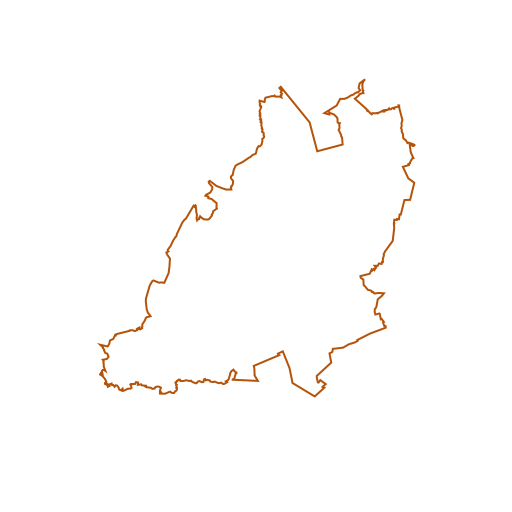 the district of Ojuelos de Jalisco, Jalisco, Mexico, rotated 71°
{"feature_id": "50627088B23067866653168", "entity_name": "Ojuelos de Jalisco", "entity_type": "district", "adm_level": 2, "iso_a3": "MEX", "parent_name": "Mexico", "parent_adm1": "Jalisco", "projection": "albers", "projection_center": [-101.727, 21.786], "detail": "fine", "context": "isolated", "style": "outline", "palette": "amber", "viewbox_px": 512, "rotation_deg": 71, "n_neighbors": 0, "source": "geoboundaries", "source_scale": "gbopen_adm2", "svg_char_len": 6111}
<svg xmlns="http://www.w3.org/2000/svg" viewBox="0 0 512 512"><g transform="rotate(71 256 256)"><path d="M134.8,125.2L140.0,130.8L143.2,144.8L146.1,140.6L143.9,140.0L144.1,139.8L144.8,139.5L147.6,136.2L150.9,134.5L152.5,134.2L156.1,135.3L157.2,134.8L157.7,133.5L158.9,134.5L162.1,135.3L163.8,136.8L169.3,136.1L170.7,136.5L171.9,136.0L178.8,137.8L176.9,164.0L147.1,161.8L104.1,177.5L104.8,179.2L108.4,177.9L109.2,179.3L111.1,178.6L111.8,180.1L112.7,179.8L113.1,180.5L114.2,180.4L113.0,181.7L111.7,185.6L110.4,186.2L110.8,186.8L110.0,189.0L109.4,195.5L111.0,196.8L112.8,197.4L113.1,198.0L110.3,202.0L111.9,202.6L113.4,202.5L114.5,203.3L116.1,203.2L116.0,202.5L116.8,202.5L120.4,205.6L122.8,205.5L123.2,205.7L123.1,206.2L124.2,206.2L124.6,206.8L125.3,206.3L126.9,207.1L128.3,206.7L128.5,207.7L130.2,207.0L130.9,208.1L132.0,207.4L134.3,208.5L137.4,208.6L137.6,209.1L138.8,208.7L140.4,209.8L140.9,209.8L141.6,208.8L142.9,208.8L144.1,209.5L145.5,209.3L146.6,210.0L147.4,212.0L149.4,212.5L152.5,214.5L153.5,216.4L153.4,217.6L153.0,217.9L154.7,220.0L159.2,222.9L159.4,226.4L160.7,229.5L160.7,230.5L162.8,238.1L163.5,244.2L164.0,245.9L167.3,249.0L172.0,251.8L172.0,252.6L172.8,253.9L174.6,254.3L177.6,253.2L180.4,254.4L181.8,255.8L181.9,256.7L182.8,256.9L183.1,257.5L185.1,257.7L183.5,262.5L181.1,265.7L176.9,270.6L169.9,275.2L170.3,276.5L171.9,276.7L176.6,274.8L178.6,275.7L181.1,278.5L181.9,283.4L182.6,284.2L184.3,281.7L185.8,282.3L187.6,279.5L193.3,276.0L197.3,277.6L198.4,277.5L199.7,281.9L201.4,282.9L202.5,284.4L203.4,284.5L205.9,288.5L205.7,290.3L204.1,293.7L203.0,294.2L201.6,295.7L201.1,295.4L200.2,295.9L201.5,297.4L202.6,297.9L202.5,299.1L203.1,300.1L201.0,299.9L197.8,298.4L194.5,298.1L191.1,297.0L190.1,297.7L189.7,296.9L188.8,296.5L188.4,296.7L188.9,297.5L188.0,298.5L197.8,310.0L198.4,311.8L200.7,315.1L209.6,323.8L211.5,324.9L211.7,325.8L214.3,329.2L218.7,333.5L221.5,337.5L222.6,337.7L223.2,337.4L223.5,339.6L225.8,339.5L230.5,338.2L238.1,341.4L243.7,344.2L251.5,351.4L250.2,354.0L249.6,356.5L245.7,361.0L246.0,362.2L249.2,366.0L260.4,373.9L262.8,374.9L270.8,376.7L274.2,376.7L278.6,375.3L278.3,379.4L278.7,380.3L281.1,382.4L283.5,385.7L285.9,386.5L286.3,387.3L287.2,387.2L287.7,389.3L287.1,390.4L285.7,389.7L286.1,392.3L287.4,392.6L287.6,395.0L286.0,396.8L285.2,399.7L285.6,400.0L284.4,413.5L285.0,413.8L284.8,414.7L285.3,414.8L285.1,415.1L288.0,418.0L288.3,421.6L290.8,423.0L292.9,425.1L293.2,425.8L289.2,432.2L292.7,430.4L293.5,430.7L294.9,430.0L295.9,430.4L298.7,430.0L299.9,428.4L303.3,428.2L304.8,430.7L304.2,434.7L306.1,434.3L307.2,435.1L308.2,435.0L311.0,436.0L315.7,435.8L314.2,436.9L313.9,438.0L314.5,439.1L317.5,439.5L316.1,440.8L317.3,442.0L319.7,440.1L322.9,438.9L326.3,438.4L326.8,438.8L326.8,440.0L327.8,440.4L328.8,439.5L328.2,439.1L328.6,438.1L331.4,438.6L331.2,436.8L330.5,436.9L329.7,436.3L329.6,434.1L330.8,434.4L331.3,434.0L331.6,432.8L333.6,432.3L332.6,430.6L333.4,429.4L335.9,428.7L337.6,428.9L339.8,426.5L338.4,426.2L338.0,425.4L339.5,425.7L340.3,425.0L339.8,420.1L340.5,418.1L340.2,416.7L337.6,416.3L336.7,416.7L336.3,416.3L337.6,411.9L336.2,410.6L337.2,408.7L339.4,409.7L339.9,406.4L341.2,406.0L342.9,402.2L343.6,402.4L343.7,402.9L344.2,402.6L346.4,398.2L347.9,397.3L348.3,394.9L347.7,394.7L347.1,393.2L347.7,390.6L348.3,390.0L349.5,388.8L352.0,390.6L353.4,390.3L353.2,391.1L354.8,391.6L356.6,386.9L356.2,381.5L357.9,380.3L358.9,378.2L357.6,376.4L357.3,374.9L355.9,374.0L354.9,374.3L354.7,373.6L352.6,373.7L352.0,372.8L351.1,373.4L349.6,373.4L349.7,372.7L348.9,371.9L348.9,372.3L348.3,372.0L348.0,372.4L348.6,371.2L347.7,369.4L348.2,368.2L349.0,368.5L349.8,367.6L350.6,365.1L350.7,362.7L352.6,359.4L352.7,358.0L354.3,357.3L356.7,354.5L356.9,353.6L355.8,351.8L355.8,350.3L357.8,348.1L358.0,346.7L355.7,345.2L355.6,344.2L357.2,343.9L357.2,342.4L358.7,340.2L359.6,340.2L360.5,339.1L361.3,337.4L361.2,336.1L364.0,332.9L364.5,330.0L366.3,328.9L366.6,327.4L365.9,324.4L364.6,325.2L364.3,323.0L363.6,322.0L359.5,319.0L358.8,318.9L356.9,316.8L356.1,314.3L358.4,313.7L359.7,312.5L360.3,312.5L360.7,313.6L365.2,316.7L365.0,318.1L365.4,318.3L374.7,294.9L368.6,296.2L361.5,294.1L359.2,293.9L357.3,266.4L356.5,267.0L355.5,267.1L354.9,261.7L372.9,260.8L388.0,262.8L407.9,246.2L402.8,234.3L401.4,235.7L399.8,231.8L394.3,235.6L396.0,238.0L395.7,238.6L391.1,238.2L389.2,237.6L381.3,219.6L372.0,218.2L371.6,215.1L368.8,213.6L371.0,203.5L369.7,196.8L369.9,190.6L369.3,187.5L368.4,187.5L366.5,173.6L366.0,156.6L364.4,156.3L363.9,157.5L360.3,157.5L359.9,157.4L359.9,156.6L356.3,157.7L356.4,158.6L351.2,157.8L350.5,158.1L350.2,162.2L347.6,162.0L344.9,161.0L343.8,159.2L342.6,158.3L336.6,155.0L334.5,149.6L332.9,147.2L330.9,152.0L330.0,156.2L329.2,156.8L328.4,156.8L327.6,158.2L327.0,158.0L326.2,158.5L324.3,161.3L319.8,162.9L318.8,163.7L313.2,162.2L310.7,164.1L309.0,163.8L309.8,154.2L306.6,151.2L307.7,151.0L307.2,149.9L306.7,149.9L306.5,148.8L307.8,148.5L306.3,146.9L306.2,146.3L303.9,147.0L304.9,144.1L303.1,142.2L304.4,139.8L302.6,138.7L303.0,138.0L299.9,136.9L297.0,134.8L296.0,134.8L293.6,132.4L286.2,121.8L274.1,116.0L271.9,115.6L270.4,114.7L270.2,115.1L266.7,113.4L267.8,111.1L266.9,110.7L267.8,108.9L263.5,106.7L264.0,105.6L251.4,97.4L253.1,92.0L238.3,82.5L232.2,86.7L219.5,88.1L219.8,81.9L218.7,82.0L218.6,80.2L217.8,80.1L214.5,76.3L214.7,75.3L208.4,75.9L200.7,74.4L201.3,73.2L202.9,72.1L203.3,71.1L202.7,70.0L201.9,70.5L198.4,74.9L198.5,76.0L195.3,76.7L192.7,78.4L188.6,77.4L185.6,77.7L184.0,77.0L182.3,77.2L180.5,75.9L177.8,75.2L175.1,73.3L162.2,72.3L160.3,71.6L160.0,72.1L161.1,72.3L160.7,76.8L162.6,77.6L160.7,77.5L160.6,79.5L161.2,80.6L160.6,82.5L159.9,82.4L160.7,83.9L160.7,85.5L160.3,85.3L159.9,86.9L161.2,87.6L160.6,89.2L159.9,88.9L160.7,94.5L160.2,94.5L159.9,96.9L159.0,98.9L159.6,100.1L158.9,100.1L158.8,101.2L154.8,102.9L155.0,103.5L153.6,103.5L151.8,104.4L139.4,111.3L137.9,107.0L136.7,105.3L136.6,102.7L137.0,101.4L134.8,101.2L134.5,100.8L134.1,101.2L128.4,99.6L126.1,97.9L124.4,95.4L126.6,101.9L130.6,104.3L133.2,103.6L134.5,106.3L134.1,106.9L134.5,110.1L135.1,111.1L135.0,113.8L136.0,117.6L136.2,121.4L134.8,125.2Z" fill="none" stroke="#b45309" stroke-width="2"/></g></svg>